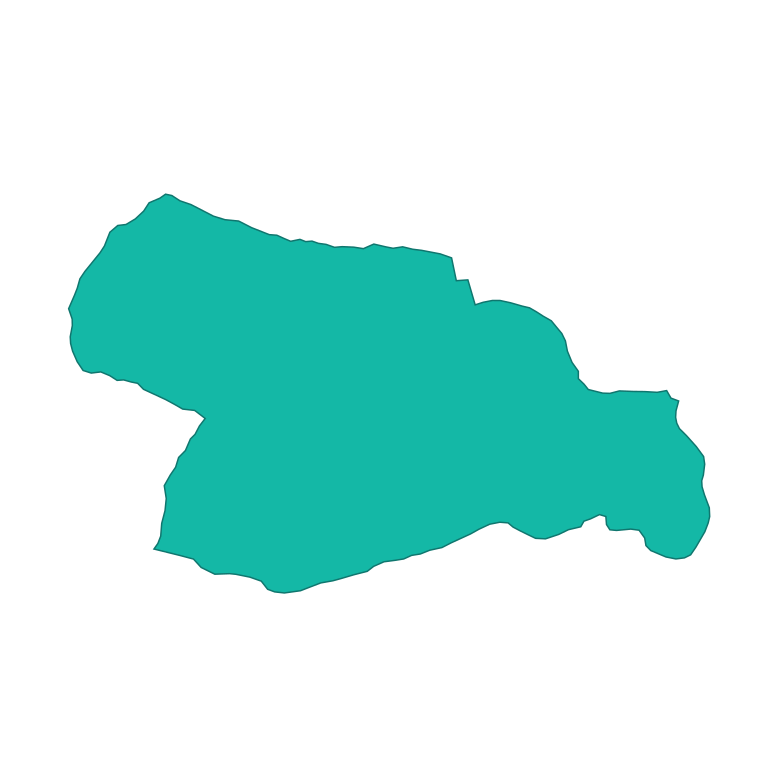 the district of Amaporã, Paraná, Brazil, rotated 259°
{"feature_id": "56859067B75589258948916", "entity_name": "Amaporã", "entity_type": "district", "adm_level": 2, "iso_a3": "BRA", "parent_name": "Brazil", "parent_adm1": "Paraná", "projection": "albers", "projection_center": [-52.839, -23.139], "detail": "fine", "context": "isolated", "style": "filled", "palette": "teal", "viewbox_px": 768, "rotation_deg": 259, "n_neighbors": 0, "source": "geoboundaries", "source_scale": "gbopen_adm2", "svg_char_len": 2333}
<svg xmlns="http://www.w3.org/2000/svg" viewBox="0 0 768 768"><g transform="rotate(259 384 384)"><path d="M612.0,205.8L609.2,199.5L606.7,188.0L599.6,181.1L593.5,171.4L589.8,161.2L590.4,152.9L585.3,143.9L572.8,135.9L567.0,130.3L551.6,111.9L545.3,105.6L536.6,101.2L530.3,97.2L518.1,88.8L507.2,90.3L500.8,89.2L490.2,85.0L483.5,84.1L475.6,84.6L464.4,87.1L454.7,91.2L450.6,98.7L449.9,108.3L444.6,116.3L438.5,122.7L437.7,129.2L434.2,136.2L431.7,142.3L424.7,146.9L410.3,166.8L403.8,174.7L397.8,181.6L394.2,193.1L384.3,201.9L378.0,194.8L370.6,188.9L367.0,183.5L356.6,176.4L351.1,168.4L342.1,163.6L335.5,156.9L326.1,148.9L313.1,148.4L301.5,144.9L289.6,139.2L277.3,135.8L270.6,131.6L265.9,126.7L254.7,150.8L248.5,163.6L238.8,169.5L229.6,181.6L227.3,196.2L225.5,202.2L220.0,215.5L213.9,225.9L204.7,230.6L200.8,237.0L197.9,246.3L197.0,262.6L198.6,271.4L200.8,283.9L200.6,296.3L201.2,304.4L202.5,318.0L203.3,331.8L207.0,339.1L209.5,350.0L208.8,361.3L208.5,370.0L210.5,378.4L210.2,387.2L212.1,397.2L212.4,409.7L215.3,419.7L220.3,440.3L223.3,449.4L226.2,460.9L226.2,471.3L224.0,479.3L218.9,483.4L213.6,490.0L208.9,496.2L203.6,503.3L201.2,513.0L203.0,526.8L205.8,537.3L206.3,549.9L211.2,554.1L212.2,561.0L214.7,570.6L211.6,576.5L203.6,575.6L197.8,577.9L195.9,584.3L194.5,598.5L191.8,606.5L183.1,610.5L175.4,610.3L169.6,614.1L160.4,627.8L156.6,637.1L156.0,645.8L157.8,652.4L164.3,659.0L177.8,670.8L185.7,675.7L191.7,678.4L200.4,679.7L214.1,677.4L222.4,676.6L228.4,677.4L233.6,680.1L244.1,683.5L251.8,683.9L263.0,678.6L275.7,671.0L283.8,665.5L289.7,663.9L295.6,663.9L301.9,665.5L311.1,670.0L315.4,663.0L323.6,660.2L323.7,650.6L326.8,638.4L329.1,627.3L332.3,613.7L331.7,604.0L333.3,597.0L339.6,583.5L345.7,580.3L352.1,575.8L359.4,577.2L369.3,572.7L381.2,570.3L391.7,570.3L399.6,568.2L406.7,564.3L414.1,560.3L420.2,553.2L425.3,547.9L431.0,541.4L434.1,534.5L439.6,523.7L443.8,513.9L445.3,506.4L445.3,497.0L444.3,488.6L470.2,486.2L471.6,474.7L494.9,474.4L501.0,464.0L508.0,446.5L510.8,437.9L515.1,428.5L515.5,418.8L518.3,411.9L523.3,400.7L520.8,389.6L524.1,380.4L526.8,369.1L527.6,361.5L532.1,353.8L534.6,346.4L538.0,340.6L538.7,334.3L542.0,329.1L541.9,319.6L545.8,313.8L550.5,307.2L552.5,299.9L562.7,283.9L571.7,272.4L575.6,259.3L581.3,248.6L597.0,228.7L602.8,218.6L609.5,211.7L612.0,205.8Z" fill="#14b8a6" stroke="#0f766e" stroke-width="1.5"/></g></svg>